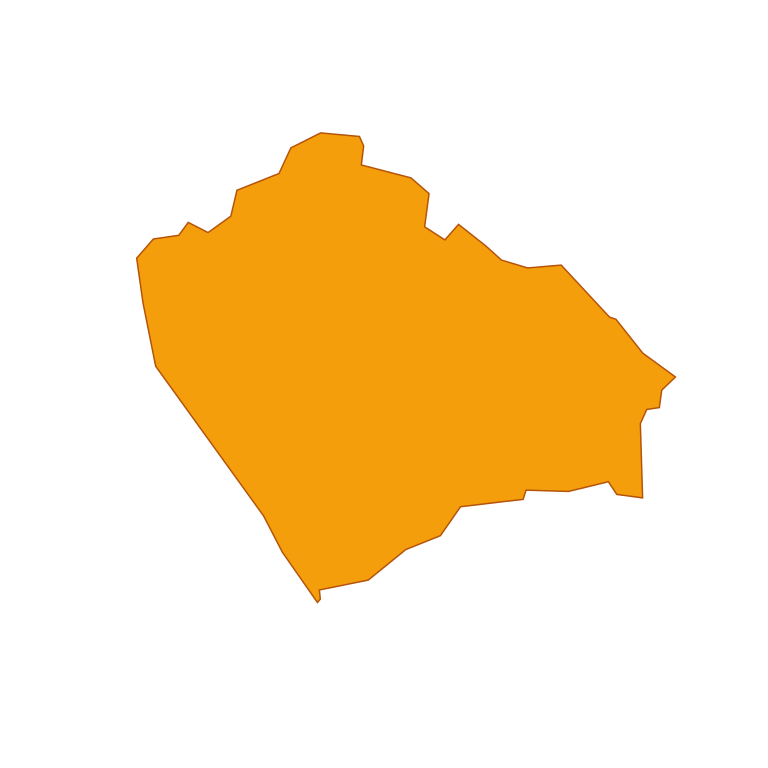 Union, South Carolina, United States of America (Albers equal-area conic projection), rotated 312°
{"feature_id": "52423323B84836072976250", "entity_name": "Union", "entity_type": "district", "adm_level": 2, "iso_a3": "USA", "parent_name": "United States of America", "parent_adm1": "South Carolina", "projection": "albers", "projection_center": [-81.587, 34.679], "detail": "fine", "context": "isolated", "style": "filled", "palette": "amber", "viewbox_px": 768, "rotation_deg": 312, "n_neighbors": 0, "source": "geoboundaries", "source_scale": "gbopen_adm2", "svg_char_len": 759}
<svg xmlns="http://www.w3.org/2000/svg" viewBox="0 0 768 768"><g transform="rotate(312 384 384)"><path d="M177.1,480.7L181.5,480.6L187.7,473.8L227.8,503.5L275.7,511.0L309.0,527.4L344.0,523.0L375.9,550.9L391.3,564.6L400.2,560.6L427.6,593.0L461.5,616.1L457.7,630.9L472.4,652.4L526.1,601.0L540.9,596.3L550.7,604.4L565.3,594.5L584.2,595.9L580.1,555.6L587.3,513.0L584.6,506.8L590.9,436.1L566.3,413.0L554.7,388.4L554.7,367.2L552.5,332.6L531.8,332.8L528.0,309.0L555.6,290.1L555.2,266.1L531.6,220.6L547.3,209.6L551.5,200.1L528.2,168.9L497.2,156.8L470.2,165.1L429.6,145.1L406.2,157.9L378.8,151.9L373.1,130.4L357.2,132.0L337.5,115.6L312.0,116.0L282.8,150.9L244.4,202.5L205.4,382.8L191.0,421.0L177.1,480.7Z" fill="#f59e0b" stroke="#b45309" stroke-width="1.5"/></g></svg>